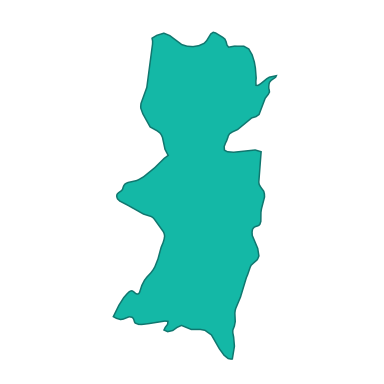 Bhojpur, orthographic projection, rotated 187°
{"feature_id": "NPL-1134", "entity_name": "Bhojpur", "entity_type": "District", "adm_level": 1, "iso_a3": "NPL", "parent_name": "Nepal", "parent_adm1": "", "projection": "orthographic", "projection_center": [87.293, 27.148], "detail": "fine", "context": "isolated", "style": "filled", "palette": "teal", "viewbox_px": 384, "rotation_deg": 187, "n_neighbors": 0, "source": "natural_earth", "source_scale": "10m", "svg_char_len": 2441}
<svg xmlns="http://www.w3.org/2000/svg" viewBox="0 0 384 384"><g transform="rotate(187 192 192)"><path d="M132.8,30.9L135.8,31.1L140.2,33.8L145.7,39.7L155.3,52.5L162.3,56.3L166.9,56.6L176.0,55.5L186.2,58.3L190.3,55.8L194.2,52.2L199.1,50.4L203.0,51.6L202.1,54.3L200.1,57.7L200.1,60.7L203.2,60.6L218.9,56.1L225.8,54.4L228.9,54.1L232.4,55.0L233.2,56.0L233.9,57.6L234.8,59.3L236.3,60.4L239.2,60.5L244.7,57.5L247.4,56.7L251.6,57.4L254.9,58.7L250.7,70.8L246.9,78.8L244.0,83.1L242.1,85.4L240.3,86.5L239.1,86.5L237.6,85.8L236.5,85.0L235.3,84.3L234.0,84.0L232.6,84.5L231.8,86.0L230.4,93.2L228.4,98.6L226.3,102.2L223.0,106.7L221.1,110.0L219.7,113.3L217.6,121.4L215.9,133.3L214.5,138.3L213.9,141.9L213.8,144.9L214.5,147.2L215.6,149.1L226.3,160.7L227.6,161.8L229.5,162.7L237.5,164.2L254.8,171.3L262.4,174.1L265.1,176.1L265.8,177.5L266.2,178.7L266.2,180.0L265.8,181.1L264.7,182.4L262.0,184.9L261.2,186.5L260.9,188.4L260.4,190.1L259.5,191.7L258.1,192.8L256.5,193.7L248.6,196.5L246.5,197.7L241.9,201.2L231.9,211.6L223.6,222.1L220.1,225.4L224.0,231.1L228.0,242.7L229.5,245.1L231.0,246.7L234.1,248.5L241.1,251.3L241.5,251.5L250.3,263.6L253.0,268.9L253.3,270.4L253.4,273.6L249.6,290.3L249.2,334.0L249.5,337.0L250.4,339.7L250.4,339.8L246.0,343.2L239.3,346.2L233.1,344.5L220.2,337.1L214.7,336.1L208.7,336.4L203.0,338.1L198.0,341.1L195.9,344.0L192.6,351.2L190.4,353.1L187.9,352.7L180.4,349.3L178.0,347.8L176.4,345.2L175.2,342.1L173.3,340.2L167.8,341.9L158.3,343.0L153.1,340.9L149.0,335.4L146.0,328.7L144.2,322.8L142.2,312.9L142.1,309.5L141.5,305.7L139.5,305.8L136.9,308.0L131.5,313.6L129.2,315.4L122.5,317.7L123.0,316.1L127.0,312.5L128.4,310.4L128.7,308.7L128.7,306.4L128.4,304.1L127.8,302.7L127.3,300.7L128.2,298.3L130.8,293.9L134.9,277.1L137.7,274.6L141.8,272.8L154.3,259.6L159.3,256.5L161.8,254.4L162.9,252.0L163.0,250.8L164.0,246.6L164.6,245.1L165.6,241.1L164.9,237.5L161.9,236.3L155.6,236.5L134.4,241.4L128.3,240.4L126.9,209.9L126.2,207.6L124.3,205.1L120.9,201.5L119.9,198.9L119.4,195.9L121.0,183.8L121.1,180.2L120.1,171.2L120.7,168.2L121.6,167.0L123.0,166.2L124.6,165.5L125.9,164.7L126.8,163.5L127.4,162.3L127.5,159.5L126.9,156.2L119.9,144.0L117.8,136.7L118.6,133.8L119.1,132.6L122.3,129.0L124.4,126.5L125.1,124.4L126.8,116.4L127.6,113.7L131.1,93.5L134.4,81.8L134.7,79.8L134.7,77.0L133.3,68.7L133.6,64.1L134.6,60.2L134.6,59.1L134.3,57.1L133.0,53.1L131.1,44.1L131.6,31.5L131.6,31.2L132.8,30.9Z" fill="#14b8a6" stroke="#0f766e" stroke-width="1.5"/></g></svg>